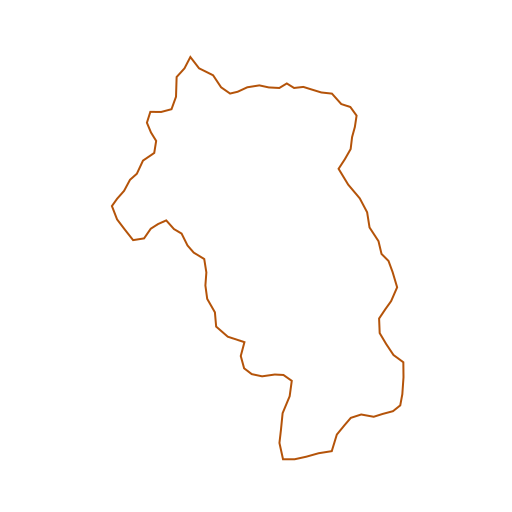 the district of Rodeiro, Minas Gerais, Brazil, rotated 351°
{"feature_id": "56859067B62126543827478", "entity_name": "Rodeiro", "entity_type": "district", "adm_level": 2, "iso_a3": "BRA", "parent_name": "Brazil", "parent_adm1": "Minas Gerais", "projection": "equal_earth", "projection_center": [-42.844, -21.213], "detail": "fine", "context": "isolated", "style": "outline", "palette": "amber", "viewbox_px": 512, "rotation_deg": 351, "n_neighbors": 0, "source": "geoboundaries", "source_scale": "gbopen_adm2", "svg_char_len": 1371}
<svg xmlns="http://www.w3.org/2000/svg" viewBox="0 0 512 512"><g transform="rotate(351 256 256)"><path d="M356.4,431.8L367.0,430.7L375.1,426.1L378.9,415.4L382.7,398.9L384.9,384.0L376.3,375.3L370.8,363.3L366.1,351.5L367.8,337.0L375.6,328.6L382.4,321.7L390.5,309.0L388.4,293.2L386.1,281.6L380.3,273.6L379.3,260.5L372.6,245.6L372.6,230.2L367.5,215.3L358.2,199.9L351.2,182.8L358.9,174.3L366.2,165.2L369.5,153.6L373.8,144.1L377.3,133.1L372.5,123.6L364.0,119.3L356.4,107.5L346.1,104.7L337.3,100.4L329.2,96.4L319.9,96.0L313.4,90.4L305.3,93.7L295.0,91.5L286.0,88.0L273.8,88.0L263.6,90.9L255.8,91.5L247.9,83.9L241.9,70.8L229.1,61.7L222.3,49.2L214.7,59.5L205.6,66.8L201.9,86.2L195.5,97.8L184.8,98.9L174.2,97.1L169.1,107.3L171.6,117.6L175.4,126.7L171.6,138.3L159.3,144.1L151.2,156.1L143.5,161.0L135.9,171.0L127.8,177.7L121.5,184.1L124.5,198.1L130.4,209.1L137.1,221.1L148.2,221.1L156.3,212.6L164.3,209.1L172.9,206.8L179.2,216.6L186.0,222.2L190.0,234.9L195.0,242.9L204.4,250.9L204.4,264.5L201.4,277.2L201.1,290.7L206.6,305.2L205.6,319.5L215.5,331.3L231.1,339.3L225.3,352.4L226.7,365.1L233.3,372.0L243.2,375.8L256.0,376.0L264.5,377.8L271.8,384.9L267.3,399.8L257.7,415.4L253.4,431.8L249.9,444.3L250.9,461.0L262.3,462.8L274.3,462.1L287.0,460.6L300.3,460.6L307.9,445.0L316.9,437.0L324.3,430.7L335.1,429.0L347.1,433.2L356.4,431.8Z" fill="none" stroke="#b45309" stroke-width="2"/></g></svg>